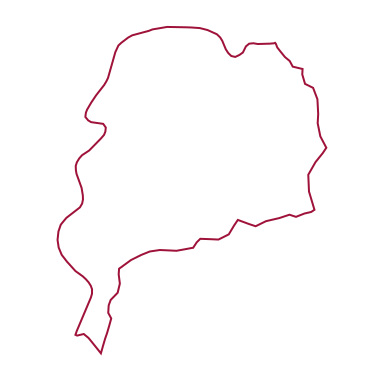 outline of Yodok, Hamgyŏng-namdo, North Korea, rotated 2°
{"feature_id": "82179303B84023939599766", "entity_name": "Yodok", "entity_type": "district", "adm_level": 2, "iso_a3": "PRK", "parent_name": "North Korea", "parent_adm1": "Hamgyŏng-namdo", "projection": "equal_earth", "projection_center": [126.887, 39.62], "detail": "fine", "context": "isolated", "style": "outline", "palette": "rose", "viewbox_px": 384, "rotation_deg": 2, "n_neighbors": 0, "source": "geoboundaries", "source_scale": "gbopen_adm2", "svg_char_len": 1709}
<svg xmlns="http://www.w3.org/2000/svg" viewBox="0 0 384 384"><g transform="rotate(2 192 192)"><path d="M269.8,40.0L268.9,40.5L264.9,41.0L252.6,41.8L248.1,41.2L243.9,41.8L240.8,44.6L238.0,50.8L234.6,53.4L230.5,55.5L226.5,54.7L223.4,51.9L220.8,48.2L217.0,39.9L214.8,36.6L211.4,33.5L201.9,29.6L194.1,27.9L185.4,27.6L180.8,27.6L161.3,27.9L157.5,28.7L146.8,30.9L143.4,32.4L126.8,37.5L122.8,39.9L116.2,45.3L113.3,48.2L110.5,54.9L104.1,80.9L102.6,84.3L100.5,88.1L92.8,98.7L88.2,106.1L84.3,113.3L83.2,116.4L82.8,120.7L85.7,124.0L88.7,125.7L100.9,127.0L103.6,130.6L103.3,134.7L102.1,138.0L99.2,141.6L87.8,154.1L80.8,159.1L78.1,162.4L75.9,166.3L74.9,170.0L75.2,174.3L76.0,178.0L81.5,191.7L83.0,199.1L83.3,203.3L82.6,207.4L80.5,211.3L67.4,222.2L65.2,225.0L62.0,229.2L59.9,236.1L59.3,244.6L60.7,252.2L64.0,259.4L69.4,265.9L78.3,275.1L85.8,280.1L89.0,282.9L92.0,286.1L94.2,289.4L95.5,292.7L95.6,297.2L94.6,301.1L81.6,335.2L80.5,338.8L82.2,339.5L88.8,337.7L93.7,341.5L98.6,347.1L106.6,356.4L108.4,349.0L110.3,341.6L112.0,336.1L113.9,328.7L115.7,321.2L112.5,315.7L112.7,308.2L114.5,302.7L121.2,295.3L123.1,286.1L121.6,276.8L121.8,271.2L133.6,262.0L143.6,256.6L152.0,252.9L161.9,251.1L171.9,251.2L178.5,251.3L186.8,249.5L193.5,248.0L195.1,247.7L198.5,242.1L201.9,238.5L211.9,238.5L220.1,238.6L230.2,233.1L235.3,223.9L238.8,218.3L250.3,222.1L256.8,224.0L266.9,218.6L280.2,215.0L290.2,211.3L296.8,213.2L305.1,209.6L311.8,207.8L315.0,205.5L308.9,187.4L307.6,170.7L314.4,157.8L321.3,148.6L324.7,143.1L318.3,131.9L315.2,118.9L315.4,109.7L314.1,94.9L309.4,83.7L301.2,80.0L298.1,70.7L298.2,65.2L288.3,63.2L285.1,57.7L280.2,53.9L275.4,48.4L272.2,44.6L270.6,40.9L269.8,40.0Z" fill="none" stroke="#9f1239" stroke-width="2"/></g></svg>